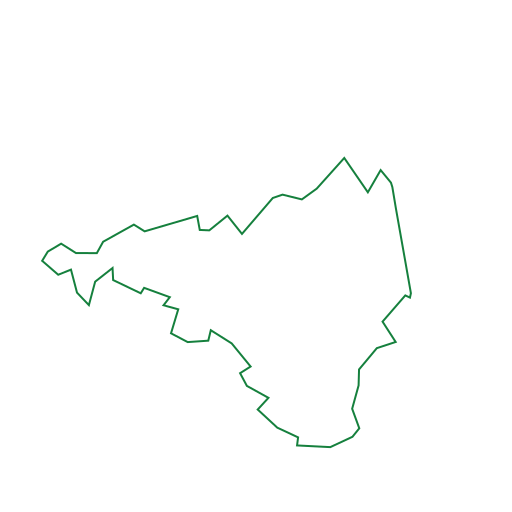 outline of Loudon, Tennessee, United States of America, rotated 32°
{"feature_id": "52423323B37878033921945", "entity_name": "Loudon", "entity_type": "district", "adm_level": 2, "iso_a3": "USA", "parent_name": "United States of America", "parent_adm1": "Tennessee", "projection": "robinson", "projection_center": [-84.348, 35.756], "detail": "fine", "context": "isolated", "style": "outline", "palette": "green", "viewbox_px": 512, "rotation_deg": 32, "n_neighbors": 0, "source": "geoboundaries", "source_scale": "gbopen_adm2", "svg_char_len": 905}
<svg xmlns="http://www.w3.org/2000/svg" viewBox="0 0 512 512"><g transform="rotate(32 256 256)"><path d="M331.6,122.3L316.2,117.1L317.1,142.7L278.9,126.1L271.8,166.7L264.9,183.7L246.0,189.9L239.5,197.9L232.4,244.7L210.4,236.9L202.8,259.0L194.5,263.7L184.9,253.2L148.5,294.1L135.8,294.1L118.8,324.9L119.5,337.9L101.8,348.9L84.2,348.8L77.1,362.6L77.2,373.4L98.2,376.7L106.3,365.6L123.6,381.9L140.3,386.2L133.2,363.0L140.7,342.2L147.6,352.1L178.0,348.7L178.0,342.3L204.7,336.6L203.7,346.8L218.3,342.4L224.9,366.6L243.7,365.2L260.4,353.1L257.0,342.9L281.7,343.0L310.0,352.6L304.6,363.8L317.1,371.0L341.7,369.7L338.8,385.3L365.0,390.3L387.8,387.5L391.2,394.9L420.3,378.7L433.6,358.2L434.9,347.4L418.5,334.6L411.6,311.4L403.5,297.6L407.3,270.1L420.0,254.9L398.1,244.6L403.5,210.3L408.6,209.7L407.1,205.5L385.5,181.5L349.5,141.6L335.1,125.3L331.6,122.3Z" fill="none" stroke="#15803d" stroke-width="2"/></g></svg>